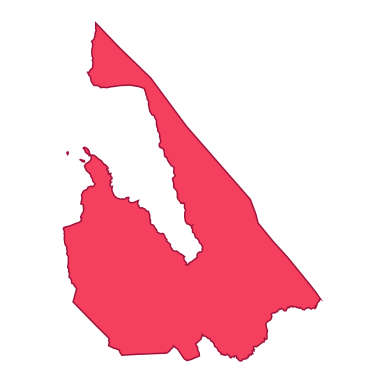 Mangochi, Mangochi, Malawi (orthographic projection)
{"feature_id": "42251766B89682559169951", "entity_name": "Mangochi", "entity_type": "district", "adm_level": 2, "iso_a3": "MWI", "parent_name": "Malawi", "parent_adm1": "Mangochi", "projection": "orthographic", "projection_center": [35.105, -14.138], "detail": "fine", "context": "isolated", "style": "filled", "palette": "rose", "viewbox_px": 384, "rotation_deg": 0, "n_neighbors": 0, "source": "geoboundaries", "source_scale": "gbopen_adm2", "svg_char_len": 5958}
<svg xmlns="http://www.w3.org/2000/svg" viewBox="0 0 384 384"><path d="M199.4,356.0L199.3,353.5L197.6,349.7L197.6,347.3L196.0,344.9L195.7,343.9L200.8,339.3L201.9,336.4L202.1,334.2L203.3,335.8L205.0,336.1L206.7,337.0L208.1,338.4L209.9,338.9L211.2,341.1L212.8,341.9L214.0,343.7L214.6,346.2L217.1,348.0L218.3,350.8L220.5,352.4L221.2,354.4L222.7,354.3L223.9,355.1L225.1,355.2L225.9,355.1L226.2,354.4L227.2,354.2L227.4,354.6L228.3,354.8L230.4,357.7L230.9,357.8L231.3,357.7L231.5,356.9L233.6,356.5L233.8,356.9L234.5,357.0L235.1,355.7L236.0,355.9L236.8,357.0L236.6,358.1L237.5,358.5L239.2,360.5L241.1,361.0L241.6,360.8L243.0,359.3L246.7,358.6L246.9,358.0L248.2,357.4L248.1,356.2L249.2,355.9L249.2,355.1L249.9,355.2L250.2,354.5L251.3,354.7L251.5,354.6L251.2,354.3L251.5,353.7L252.7,353.6L252.4,353.2L252.3,351.0L253.0,350.7L253.9,350.9L253.8,350.3L254.3,349.8L253.6,349.1L253.9,348.8L253.5,348.0L253.7,346.9L254.6,346.5L257.2,346.6L257.4,346.1L262.6,342.2L264.3,341.7L264.5,338.4L265.8,339.5L267.0,338.7L266.8,332.9L267.2,332.4L267.5,330.9L266.5,328.0L265.8,323.8L267.3,321.7L270.5,319.8L271.5,318.0L271.8,316.2L271.3,314.7L272.3,313.0L273.7,312.7L274.5,313.0L275.2,312.8L275.6,312.1L277.2,311.8L278.6,309.7L280.2,309.3L281.5,308.6L282.7,309.2L284.3,310.8L286.0,310.7L287.4,307.6L288.9,307.7L289.4,306.6L289.9,306.5L290.0,306.9L290.5,307.0L291.2,306.4L292.3,306.0L293.1,307.1L294.0,306.5L296.1,306.9L296.9,307.5L298.0,307.5L299.4,308.3L299.9,307.6L300.4,307.5L302.7,309.5L304.5,309.8L305.3,308.7L308.8,307.4L310.2,308.6L311.3,309.0L313.3,307.8L314.3,308.0L315.0,308.6L315.5,308.0L315.4,307.5L316.1,306.9L315.5,306.4L315.6,305.7L316.3,305.9L316.6,305.6L317.4,302.8L319.3,300.9L319.3,299.7L320.3,299.2L320.7,299.4L316.2,292.8L310.0,284.8L287.8,257.6L273.0,241.3L258.1,223.1L255.6,213.5L250.3,199.4L186.6,126.5L150.8,78.1L120.1,48.4L95.7,23.0L95.7,28.9L96.3,30.9L95.5,31.9L95.0,34.1L95.7,35.1L94.6,36.5L94.4,38.4L93.5,39.7L91.6,41.4L92.7,43.5L92.5,47.8L92.0,49.0L91.8,50.9L92.1,56.2L93.3,58.6L92.3,59.9L93.0,62.5L92.6,67.7L90.4,69.9L89.0,72.5L88.6,72.7L88.0,72.2L87.6,72.3L89.2,75.7L90.3,76.5L91.3,81.5L93.9,85.4L96.9,85.5L99.5,86.2L100.4,87.6L103.8,87.3L106.7,87.7L110.2,86.9L120.8,85.5L130.2,85.1L139.0,86.6L144.2,88.4L146.0,93.5L146.0,94.5L146.9,96.8L147.3,99.5L148.2,100.4L148.7,102.2L148.4,103.8L149.7,110.7L151.7,114.5L154.3,115.9L155.0,118.2L156.4,120.3L156.4,123.1L156.8,126.2L157.8,129.0L157.7,130.8L159.0,132.5L159.8,134.4L159.6,136.4L160.7,141.1L160.6,142.1L159.2,144.0L159.3,146.3L160.1,146.6L160.1,147.5L162.5,148.4L163.7,149.6L164.5,153.4L164.4,154.7L165.0,156.7L166.8,157.6L168.0,160.8L168.6,161.3L169.1,162.7L170.2,163.8L170.6,164.9L171.6,165.9L172.8,166.3L174.1,167.6L173.6,172.5L175.2,175.6L174.4,176.8L172.9,178.0L172.5,178.9L173.8,183.7L173.7,187.2L176.8,190.9L177.5,193.5L177.2,194.7L177.7,195.8L177.2,197.1L178.3,199.5L180.6,202.3L180.8,203.2L182.0,203.2L182.8,203.6L183.3,202.9L184.1,203.2L184.6,204.2L184.5,208.0L185.7,210.2L184.8,212.7L184.8,217.3L185.4,221.1L186.9,223.7L189.0,224.4L191.3,226.0L192.3,225.6L191.6,226.6L191.5,227.6L192.6,229.2L192.5,232.1L194.2,233.2L195.5,237.5L197.6,238.7L199.0,240.9L199.4,242.7L200.8,243.7L202.0,245.5L202.5,247.1L202.1,249.0L202.5,250.4L202.0,251.3L200.9,252.1L199.5,252.0L198.2,252.8L197.0,254.7L197.2,257.0L195.6,258.6L191.2,262.0L189.4,262.8L188.6,264.0L188.5,264.8L186.3,264.6L186.7,264.3L186.6,263.0L184.9,261.2L184.0,259.6L183.7,256.7L184.2,257.0L184.6,256.7L182.4,254.9L178.8,252.9L177.3,251.3L173.6,251.0L172.5,250.1L172.4,249.4L170.5,246.9L170.4,244.5L168.4,242.5L166.8,241.5L166.8,239.4L165.3,238.0L164.8,236.1L163.5,233.8L162.7,233.5L160.4,233.7L157.0,232.1L156.7,230.1L154.7,227.6L154.0,225.8L152.8,224.9L151.1,224.4L150.5,223.4L150.5,222.2L150.1,221.7L150.6,220.4L149.7,218.4L149.8,215.5L148.5,211.6L148.0,211.2L146.7,211.3L145.1,209.2L142.3,207.8L141.0,207.8L140.2,208.1L139.3,207.7L138.9,205.7L137.7,204.4L137.5,203.3L138.4,200.5L133.9,202.5L130.5,202.7L129.4,202.1L128.4,200.3L128.3,199.0L129.0,197.9L128.8,197.5L126.9,197.5L124.4,199.1L122.9,199.3L122.4,198.9L120.5,199.2L116.9,198.0L114.2,195.7L112.2,191.3L111.8,188.6L112.5,186.4L111.3,186.5L110.0,185.9L110.0,184.8L110.8,182.6L111.3,182.1L110.3,182.0L110.2,181.1L111.1,179.3L112.0,178.8L111.9,177.3L110.9,176.7L110.7,176.0L110.5,174.2L111.0,173.7L110.8,173.3L109.9,173.3L109.6,174.5L108.3,174.1L108.1,172.9L108.5,171.2L108.0,171.3L106.7,169.7L107.0,168.8L108.1,168.6L107.8,167.2L106.6,166.3L105.4,164.7L104.0,164.5L103.8,163.7L103.0,163.1L101.3,160.7L98.5,159.0L95.3,156.1L93.7,155.2L91.5,155.1L91.1,156.3L91.3,158.6L90.7,159.9L89.7,161.3L85.7,164.1L84.4,166.1L86.4,170.5L90.5,174.4L91.0,176.7L92.4,178.9L92.8,181.1L95.1,183.9L94.1,185.7L92.5,186.9L92.0,186.8L91.4,186.1L88.0,187.2L87.4,189.1L84.0,190.7L82.6,192.4L82.7,193.1L81.5,194.6L82.0,198.3L80.9,203.8L83.3,204.7L83.6,210.4L83.2,212.2L81.8,214.3L80.7,217.0L80.8,217.8L81.2,217.9L81.4,217.1L81.6,217.9L81.0,220.4L81.3,221.0L77.9,223.0L76.9,223.0L70.2,225.8L64.0,227.4L63.9,228.1L63.3,228.6L64.6,231.9L64.1,233.9L64.8,235.6L64.4,236.3L64.3,239.2L65.1,244.4L66.8,247.1L66.9,249.9L67.3,251.9L66.7,253.9L68.4,256.6L68.3,263.0L67.7,267.6L68.8,268.6L68.7,271.5L68.9,272.2L69.5,272.7L69.1,277.2L70.2,278.0L71.2,279.4L71.8,283.3L74.1,284.2L74.0,285.2L76.7,288.6L73.1,301.9L94.8,324.2L109.2,338.5L108.7,340.6L109.4,342.6L108.6,345.0L108.7,345.7L114.3,348.4L116.3,348.7L117.5,349.5L118.8,349.5L120.2,352.8L121.9,355.2L134.8,354.4L166.7,353.1L169.3,351.2L171.4,348.6L172.7,347.7L173.7,345.8L174.8,347.1L177.6,349.0L184.2,358.8L186.5,360.3L187.5,360.4L191.0,359.5L199.4,356.0ZM90.7,155.9L90.8,155.1L89.9,154.5L89.2,151.3L88.4,149.8L86.6,148.2L85.2,147.4L84.2,147.3L83.4,147.8L83.2,148.2L84.9,149.9L85.2,151.6L86.3,153.0L87.9,154.0L89.1,155.6L90.7,155.9ZM81.3,160.2L80.8,159.5L80.2,159.8L82.6,161.7L84.5,161.8L84.6,161.1L84.0,160.4L83.1,160.7L82.1,160.0L81.3,160.2ZM67.6,154.5L68.4,153.4L67.8,151.9L67.1,152.2L66.9,152.9L67.6,154.5Z" fill="#f43f5e" stroke="#9f1239" stroke-width="1.5"/></svg>